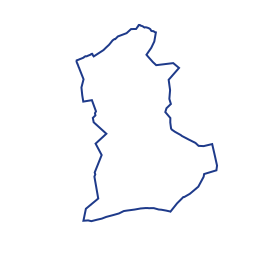 Gbonyin, Ekiti, Nigeria (Albers equal-area conic projection), rotated 70°
{"feature_id": "59680162B53652676960042", "entity_name": "Gbonyin", "entity_type": "district", "adm_level": 2, "iso_a3": "NGA", "parent_name": "Nigeria", "parent_adm1": "Ekiti", "projection": "albers", "projection_center": [5.452, 7.587], "detail": "fine", "context": "isolated", "style": "outline", "palette": "blue", "viewbox_px": 256, "rotation_deg": 70, "n_neighbors": 0, "source": "geoboundaries", "source_scale": "gbopen_adm2", "svg_char_len": 1839}
<svg xmlns="http://www.w3.org/2000/svg" viewBox="0 0 256 256"><g transform="rotate(70 128 128)"><path d="M89.0,59.5L82.5,63.3L78.6,80.0L74.5,82.1L72.7,82.8L68.2,84.6L65.5,85.6L63.7,83.1L60.6,78.7L55.7,73.7L47.7,69.1L47.5,69.4L47.0,70.1L46.6,70.4L46.0,70.7L45.7,71.0L45.4,71.6L45.2,72.2L44.9,72.6L44.6,72.9L43.9,73.1L43.2,73.1L42.5,73.4L41.6,74.1L41.0,74.7L40.2,75.7L39.7,76.4L39.1,77.7L39.2,78.1L38.6,78.7L37.8,79.1L37.1,79.8L36.3,80.8L36.0,81.3L35.4,81.5L34.9,82.4L34.9,82.7L35.4,83.4L35.9,83.7L36.4,84.7L37.3,85.9L37.7,86.5L36.1,91.3L38.4,96.9L38.5,106.2L40.1,109.6L39.8,110.2L40.4,112.5L43.3,117.3L44.9,121.1L46.4,124.4L49.0,135.7L48.0,136.0L47.9,136.1L47.3,136.2L46.7,136.1L46.0,136.3L45.9,137.2L46.2,137.8L46.3,138.3L46.3,139.1L46.4,141.5L46.5,142.4L46.3,142.9L46.0,143.5L46.2,144.3L46.2,144.7L46.5,145.2L46.7,146.0L46.8,148.1L46.8,149.7L46.9,150.7L46.9,151.9L46.9,153.1L47.8,153.6L49.4,153.7L50.0,153.5L50.6,153.6L51.3,153.5L54.1,153.5L54.8,153.4L56.3,153.4L67.0,153.1L74.0,157.9L81.6,159.8L87.9,161.0L89.5,152.4L95.6,152.4L101.4,152.4L102.8,154.0L105.0,154.3L106.5,157.6L110.9,158.3L126.0,150.3L131.6,163.8L144.4,162.0L158.4,174.5L160.4,174.6L162.2,176.2L184.1,180.1L189.5,195.2L199.9,201.6L201.2,197.1L203.0,194.3L203.6,188.4L204.2,183.6L204.1,178.9L204.7,172.3L205.2,165.8L204.6,160.4L205.2,157.4L206.9,149.7L208.0,143.3L208.1,143.1L209.2,139.0L210.1,136.6L210.4,136.0L210.7,135.2L212.1,131.2L215.1,127.0L216.2,124.6L218.6,120.5L220.9,116.9L221.1,116.7L215.6,107.7L211.8,99.6L212.1,98.8L211.0,92.4L207.2,82.0L199.7,73.6L197.3,72.2L198.0,59.4L193.8,57.2L184.0,55.9L171.9,54.4L170.9,63.1L168.9,67.8L165.1,69.7L159.6,74.9L153.9,80.1L152.7,80.8L147.6,85.2L144.5,87.4L143.2,87.7L137.3,86.4L133.1,84.8L125.8,87.5L122.6,85.1L120.1,79.5L114.8,79.2L106.8,75.5L96.6,73.3L89.0,59.5Z" fill="none" stroke="#1e3a8a" stroke-width="2"/></g></svg>